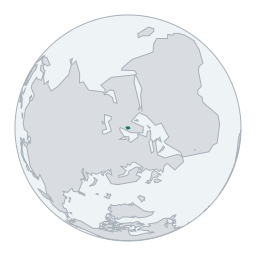 Tokat highlighted on a globe, orthographic projection, rotated 202°
{"feature_id": "TUR-2297", "entity_name": "Tokat", "entity_type": "Province", "adm_level": 1, "iso_a3": "TUR", "parent_name": "Turkey", "parent_adm1": "", "projection": "orthographic", "projection_center": [36.489, 40.417], "detail": "fine", "context": "on_globe", "style": "filled", "palette": "teal", "viewbox_px": 256, "rotation_deg": 202, "n_neighbors": 0, "source": "natural_earth", "source_scale": "10m", "svg_char_len": 10666}
<svg xmlns="http://www.w3.org/2000/svg" viewBox="0 0 256 256"><g transform="rotate(202 128 128)"><circle cx="128" cy="128" r="113" fill="#eef3f6" stroke="#a8b0b8"/><path d="M103.7,18.0L103.8,18.0L103.0,18.2L103.7,18.0ZM101.0,18.6L101.9,18.5L106.0,17.6L108.3,17.2L118.3,17.1L131.4,17.6L136.2,17.3L134.7,18.0L144.2,17.4L151.8,18.7L142.8,17.7L141.6,17.9L146.5,18.7L146.3,19.2L148.6,20.0L148.0,20.6L142.8,20.2L142.2,20.7L145.8,21.3L147.3,22.5L142.2,21.5L144.4,23.5L136.1,24.0L123.1,21.9L118.0,23.6L103.4,25.7L104.3,26.4L99.3,28.1L98.5,29.6L96.0,29.8L97.5,30.9L99.9,30.4L101.4,30.8L101.1,31.7L97.9,32.1L97.6,31.7L96.5,32.3L95.0,32.1L95.6,32.7L91.7,33.2L95.1,34.2L91.7,35.8L89.3,35.7L90.1,33.8L86.5,29.9L84.3,29.7L80.3,31.1L71.6,37.5L68.9,38.3L64.8,40.8L66.0,41.1L69.6,39.3L70.8,40.7L75.1,38.7L76.3,39.0L80.4,37.9L79.1,40.2L75.6,43.2L72.1,44.3L70.5,45.7L73.3,46.5L66.2,50.8L60.7,57.6L58.9,58.6L56.4,56.8L57.8,51.7L54.5,50.4L55.9,53.5L51.5,56.5L50.5,58.0L50.4,59.3L51.8,59.2L50.1,60.8L48.1,58.0L49.6,56.5L50.2,57.3L50.8,55.1L49.4,53.7L47.3,55.6L47.4,52.3L45.9,53.7L45.1,53.9L47.5,51.9L43.2,55.7L43.0,54.2L39.9,57.8L45.3,51.6L51.1,45.7L57.2,40.4L63.8,35.4L70.7,31.0L77.9,27.1L85.4,23.7L93.1,20.9L101.0,18.6ZM18.8,100.5L18.5,101.6L18.4,102.0L18.8,100.5ZM17.9,104.0L16.2,114.5L15.7,124.5L15.6,129.9L15.5,131.2L15.8,134.6L15.8,136.1L18.6,149.4L21.5,159.0L22.4,164.2L21.9,165.6L23.0,168.7L20.3,161.0L18.2,153.0L16.6,144.9L15.7,136.8L15.4,128.5L15.6,120.3L16.5,112.1L17.9,104.0ZM37.2,61.3L36.4,62.4L36.2,62.7L37.2,61.3L37.2,61.3ZM109.4,17.0L106.1,17.6L102.5,18.3L105.3,17.7L109.4,17.0ZM116.2,16.4L114.5,16.6L113.2,16.5L114.6,16.4L116.2,16.4ZM139.7,17.2L137.1,16.9L139.7,17.0L139.7,17.2ZM149.1,20.0L149.9,20.0L150.7,20.4L149.1,20.0ZM80.8,36.8L80.6,37.3L80.0,37.2L80.8,36.8ZM82.9,35.9L82.2,35.3L83.1,34.8L83.5,35.2L82.9,35.9ZM150.4,21.8L151.5,22.6L149.5,21.7L150.4,21.8ZM83.4,36.6L84.7,34.0L86.3,33.2L88.9,33.7L83.4,36.6ZM151.6,23.1L154.3,25.4L156.3,25.5L152.0,26.9L151.2,24.3L148.4,23.0L150.7,23.5L151.6,23.1ZM100.8,29.9L98.2,30.4L100.6,29.2L100.8,29.9ZM102.0,29.0L107.3,25.1L111.0,25.0L108.5,26.2L113.4,25.6L112.7,27.4L109.7,28.2L107.5,27.8L108.9,28.8L102.0,29.0ZM149.2,27.4L149.1,28.0L148.3,27.4L149.2,27.4ZM102.2,30.9L102.9,30.0L106.2,29.8L105.3,31.5L104.5,31.0L102.2,30.9ZM115.1,24.6L117.4,24.8L117.4,26.4L118.3,26.7L113.0,27.4L115.1,24.6ZM103.6,31.5L104.8,32.4L103.0,33.4L101.7,31.7L103.6,31.5ZM107.4,29.1L108.9,29.1L107.8,29.6L107.4,29.1ZM97.3,37.7L98.1,36.5L99.9,36.3L97.3,37.7ZM105.3,32.7L105.9,32.3L106.7,32.2L107.0,33.0L105.3,32.7ZM113.3,28.5L112.8,29.2L115.5,28.3L115.6,29.6L112.0,29.9L113.6,30.3L113.6,30.7L110.7,30.5L113.3,28.5ZM109.8,33.3L105.3,34.3L103.4,36.5L101.7,36.8L105.1,33.2L109.8,33.3ZM110.6,31.6L109.7,32.7L108.1,32.3L107.7,31.4L110.6,31.6ZM116.9,30.3L117.7,28.3L118.5,28.4L116.9,30.3ZM109.5,33.9L110.6,33.7L109.6,34.1L109.5,33.9ZM115.0,31.5L115.2,30.7L116.0,30.8L115.0,31.5ZM112.7,33.9L111.2,34.2L110.9,33.5L112.7,33.9ZM114.0,32.8L115.1,33.1L111.7,33.1L113.9,32.5L114.0,32.8ZM115.8,31.6L116.4,31.4L115.6,31.9L115.8,31.6ZM114.7,36.3L110.4,36.5L109.7,35.0L114.0,35.0L114.7,36.3ZM44.6,166.1L39.7,147.6L42.9,143.5L44.0,136.4L66.3,121.6L70.5,125.2L87.4,127.7L89.4,129.3L86.7,134.8L98.9,145.0L103.6,140.8L115.3,146.1L123.4,146.4L127.5,135.4L114.1,134.7L112.4,129.0L123.7,124.8L135.4,125.6L135.2,123.4L128.3,118.5L131.5,114.5L125.9,116.5L127.8,118.8L124.3,120.2L122.4,118.2L123.7,116.8L120.3,115.6L115.3,123.1L116.6,126.3L107.4,126.7L108.8,132.1L106.1,134.1L102.7,125.9L103.5,123.1L96.8,113.4L95.2,116.3L101.4,125.8L99.2,124.7L97.1,129.2L97.0,125.0L90.7,114.3L82.7,114.0L71.6,122.5L67.1,121.7L63.9,117.6L68.9,106.6L78.3,109.9L80.2,106.4L79.1,99.9L82.1,101.6L82.8,99.5L86.4,100.5L92.4,96.7L96.2,97.2L99.3,91.0L101.7,90.6L99.2,94.3L99.5,97.3L109.0,98.9L111.1,97.8L112.4,93.8L114.9,94.9L114.9,90.8L120.8,89.9L113.6,87.7L114.9,83.3L118.9,80.4L118.0,78.6L111.5,83.4L110.1,85.8L110.9,88.4L105.9,94.9L102.4,95.5L102.8,87.4L97.9,87.5L100.3,81.6L116.4,71.6L122.7,70.1L131.4,76.7L129.5,79.3L125.4,78.2L128.5,83.2L128.6,80.9L130.6,82.0L132.4,78.4L133.9,79.0L133.0,74.7L135.1,75.0L135.6,77.8L140.0,73.2L144.6,73.1L144.8,71.8L143.8,70.5L150.3,71.5L150.2,70.6L148.0,69.8L146.4,67.4L146.1,63.7L148.4,64.3L148.8,65.7L153.0,69.7L153.8,73.5L154.7,73.4L154.6,70.2L149.4,65.4L148.5,63.0L151.3,64.9L150.2,64.1L150.5,63.1L152.9,62.7L150.0,60.5L150.2,50.1L154.9,48.7L157.4,51.3L159.9,45.6L164.9,45.0L162.9,44.2L162.8,41.3L161.2,41.4L160.2,40.9L159.1,34.1L160.6,33.2L157.9,30.0L156.9,29.7L155.6,30.1L152.0,26.9L156.3,25.5L158.4,26.2L159.7,25.1L164.3,27.1L168.8,28.4L173.1,31.7L176.2,32.7L176.4,32.2L180.7,33.4L189.2,38.2L181.8,36.6L168.9,31.2L174.1,33.4L172.8,33.7L174.5,35.1L178.2,36.8L178.7,36.5L183.8,44.3L192.3,51.7L192.1,48.5L194.7,48.7L204.2,55.7L214.6,72.1L218.1,73.6L220.1,76.0L221.0,79.6L218.1,76.1L216.6,76.9L214.8,74.5L215.3,79.5L212.8,76.5L214.3,82.1L216.6,83.5L217.2,80.0L219.6,86.6L223.5,87.9L226.9,92.8L230.1,107.2L229.0,115.1L229.5,117.1L227.5,117.2L227.2,123.2L232.7,129.0L233.3,131.9L231.7,141.4L231.3,139.5L226.2,139.7L226.8,147.3L230.8,148.8L232.2,153.7L229.9,154.8L228.2,150.6L226.4,150.5L225.7,144.3L222.0,137.2L219.5,141.8L218.6,138.1L213.0,133.5L208.9,139.8L203.0,155.2L204.1,164.8L201.3,170.7L193.2,160.4L189.9,151.7L186.8,154.0L178.7,148.4L164.2,152.2L162.3,149.9L159.5,151.8L153.8,150.3L150.9,146.3L147.4,147.1L155.2,157.4L158.9,156.5L162.3,151.4L163.7,155.2L169.2,157.5L162.6,168.6L141.4,180.0L139.6,172.8L124.8,152.1L125.4,149.6L125.3,149.3L125.2,148.8L123.5,152.8L121.1,148.5L128.7,163.6L129.9,169.8L141.1,180.4L140.0,181.6L143.7,183.6L155.8,179.2L155.8,181.6L149.9,193.1L133.3,207.7L135.7,215.6L134.8,221.8L124.9,225.7L126.2,229.7L121.1,230.9L121.0,232.8L117.2,234.5L110.6,235.4L99.0,233.6L97.9,232.0L91.6,227.6L82.7,216.1L85.2,211.7L84.0,207.1L75.7,194.3L77.5,188.6L75.3,185.1L70.8,184.3L68.4,180.1L65.7,179.0L49.3,173.5L44.6,166.1ZM58.0,131.7L57.3,133.8L58.0,131.7ZM147.6,132.2L154.9,131.7L152.1,124.8L154.6,124.2L152.8,122.2L151.8,124.4L147.3,118.9L150.6,116.4L149.9,113.3L147.5,113.4L142.2,118.9L148.7,126.7L146.8,129.8L147.6,132.2ZM18.5,101.8L18.0,103.7L18.3,102.4L18.5,101.8ZM24.2,84.5L23.4,86.7L23.9,85.2L24.2,84.5ZM26.5,79.1L24.8,82.9L25.2,81.9L26.5,79.1ZM35.6,63.6L35.8,63.3L36.5,62.3L35.6,63.6ZM51.6,56.6L51.7,56.9L51.2,58.4L50.8,58.1L51.6,56.6ZM53.4,63.5L50.7,66.0L52.3,63.9L51.1,63.8L52.9,59.3L58.1,58.9L55.4,59.8L53.4,63.5ZM56.8,53.7L55.0,56.3L56.7,53.4L56.8,53.7ZM83.2,87.6L84.2,89.5L82.3,91.7L77.5,91.7L80.1,88.5L83.2,87.6ZM85.9,91.8L87.6,84.2L90.7,84.1L88.7,85.4L90.6,86.1L87.8,88.4L89.1,96.0L87.6,98.5L79.5,96.8L82.9,95.9L81.8,94.0L85.9,91.8ZM86.6,67.3L87.4,64.6L93.0,67.7L91.7,69.9L86.8,69.9L85.5,67.3L86.6,67.3ZM87.9,38.4L87.8,37.7L88.7,37.5L89.5,38.0L87.9,38.4ZM97.6,37.2L89.1,41.8L88.6,41.1L84.2,45.0L81.2,44.7L84.1,42.1L78.5,45.0L79.9,42.6L76.3,44.8L83.1,39.1L84.2,37.3L84.2,39.4L86.9,39.6L88.4,39.2L93.5,36.7L97.1,33.1L100.4,33.0L101.8,33.9L101.4,34.8L99.4,34.5L100.4,35.8L97.2,36.1L97.6,37.2ZM116.0,47.9L113.8,46.7L115.2,50.5L112.0,50.4L112.3,50.8L109.7,51.8L107.2,53.9L105.9,53.5L105.5,54.5L103.8,55.3L102.8,56.5L100.0,56.3L98.5,57.9L98.0,56.9L96.3,59.8L96.3,57.6L94.1,58.6L95.2,60.2L82.5,57.2L77.2,58.0L72.7,60.1L73.4,56.4L78.0,52.2L84.3,48.7L89.4,48.6L88.8,47.1L91.0,46.6L90.6,48.0L92.6,45.7L94.3,45.7L99.9,43.4L101.8,40.2L103.9,39.4L104.0,40.7L106.0,39.0L107.7,40.9L109.3,40.4L112.5,41.9L111.9,44.8L113.6,44.1L116.2,45.3L116.0,47.9ZM115.5,36.7L115.5,40.0L113.7,41.6L108.8,38.4L107.2,38.5L104.0,36.8L106.7,34.6L107.3,35.3L108.6,35.4L107.3,36.0L109.3,35.7L110.3,36.6L112.1,36.7L111.6,37.7L115.5,36.7ZM92.1,127.6L93.7,128.2L96.3,128.5L95.0,131.4L92.1,127.6ZM87.6,120.3L89.2,120.3L88.6,124.3L86.9,123.8L87.6,120.3ZM90.5,117.0L89.3,120.0L88.9,118.1L90.5,117.0ZM100.6,94.1L102.3,94.0L102.3,95.0L101.2,96.3L100.6,94.1ZM119.5,60.2L118.5,59.0L119.1,58.6L119.1,55.4L121.5,55.4L122.4,57.3L119.5,60.2ZM124.9,137.3L122.3,139.4L121.2,138.3L122.3,137.8L124.9,137.3ZM107.8,135.8L111.5,137.7L107.4,136.6L107.8,135.8ZM122.1,59.7L121.8,58.4L123.2,59.2L122.1,59.7ZM123.3,55.3L124.9,56.0L121.8,55.1L123.3,55.3ZM154.3,218.9L146.8,229.3L141.4,229.8L140.3,227.4L143.0,221.4L149.2,218.9L152.2,215.6L154.3,218.9ZM238.4,150.4L237.6,153.7L237.9,152.4L238.4,150.4L238.4,150.4ZM237.5,154.0L234.0,162.2L232.3,164.4L233.0,162.2L235.7,157.3L237.5,154.0ZM232.8,162.4L229.9,163.1L223.9,157.5L226.1,155.4L232.0,156.0L231.6,157.7L233.4,158.0L232.8,162.4ZM238.9,142.8L238.5,147.1L236.9,151.4L236.0,152.8L235.4,149.4L235.8,146.1L236.6,144.5L238.3,129.4L239.2,129.2L239.0,134.8L239.7,136.2L238.9,142.8ZM204.6,165.4L207.3,169.5L205.6,171.5L204.6,165.4ZM238.0,120.8L238.0,127.2L237.6,119.8L238.0,120.8ZM237.1,114.7L237.6,116.4L236.9,115.7L237.1,114.7ZM230.5,119.8L229.7,122.0L229.1,120.7L229.8,117.1L230.5,119.8ZM229.5,97.1L231.4,101.0L231.9,102.7L230.6,101.2L229.5,97.1ZM142.1,59.5L139.4,63.8L139.1,67.2L141.4,69.6L137.0,68.2L137.5,62.9L142.1,59.5ZM149.0,51.1L147.0,49.3L148.6,49.0L149.3,49.4L149.0,51.1ZM147.3,50.7L143.4,50.5L142.8,48.9L145.9,49.3L147.3,50.7ZM132.7,54.8L131.8,56.0L130.7,55.2L132.7,54.8ZM239.9,140.8L240.0,138.9L239.5,143.9L239.3,145.1L239.5,142.0L239.9,136.2L240.1,133.2L240.6,127.5L240.0,135.7L240.1,137.2L240.5,132.9L240.2,137.2L240.1,138.9L239.9,140.8ZM240.6,125.1L240.5,122.9L240.5,123.1L240.6,125.1ZM240.1,121.0L239.4,119.9L239.4,123.0L239.0,114.8L239.8,117.2L240.1,121.0ZM238.7,115.8L238.7,118.7L238.4,114.3L238.7,115.8ZM238.4,118.1L237.9,116.1L238.2,115.0L238.4,118.1ZM238.8,115.0L237.9,111.0L238.5,112.5L238.8,115.0ZM236.3,111.7L237.9,112.4L236.8,114.7L234.3,107.7L234.5,105.9L236.3,111.7ZM222.2,74.7L220.7,73.2L220.3,71.3L221.4,72.8L222.2,74.7ZM217.5,64.4L219.7,70.3L221.2,75.4L221.9,75.2L224.3,79.2L222.0,77.8L219.3,71.9L218.5,68.7L216.2,65.7L214.3,62.1L211.2,59.4L209.7,57.2L212.2,58.8L217.5,64.4ZM210.0,58.4L204.0,53.1L204.2,51.2L205.5,51.9L208.2,55.0L207.9,55.9L210.0,58.4ZM202.6,51.4L202.3,52.2L193.0,47.8L191.0,46.5L198.2,48.4L198.4,49.3L200.6,50.8L202.6,51.4ZM150.3,28.2L149.2,28.1L150.0,27.7L150.3,28.2ZM159.4,41.0L158.2,40.2L159.1,39.7L159.4,41.0ZM155.4,37.7L155.1,38.8L154.4,37.4L155.4,37.7ZM154.8,41.4L154.6,39.1L156.2,41.7L154.8,41.4Z" fill="#d9dde1" stroke="#a8b0b8" stroke-width="1"/><path d="M128.3,127.1L128.4,127.3L128.5,127.3L128.8,127.4L128.9,127.5L129.0,127.4L129.4,127.7L129.6,127.7L129.7,127.8L129.6,128.1L129.4,128.2L129.3,128.3L129.2,128.3L128.9,128.3L128.7,128.4L128.4,128.4L128.3,128.6L128.3,128.8L128.2,128.8L127.7,128.9L127.4,129.0L127.4,128.9L127.3,128.7L127.2,128.6L126.9,128.6L126.7,128.6L126.5,128.4L126.7,128.2L126.8,128.2L127.0,127.9L127.3,127.8L127.5,127.9L127.7,127.7L127.9,127.7L128.0,127.4L127.9,127.2L128.1,127.1L128.3,127.1L128.3,127.1Z" fill="#14b8a6" stroke="#0f766e" stroke-width="1.5"/></g></svg>